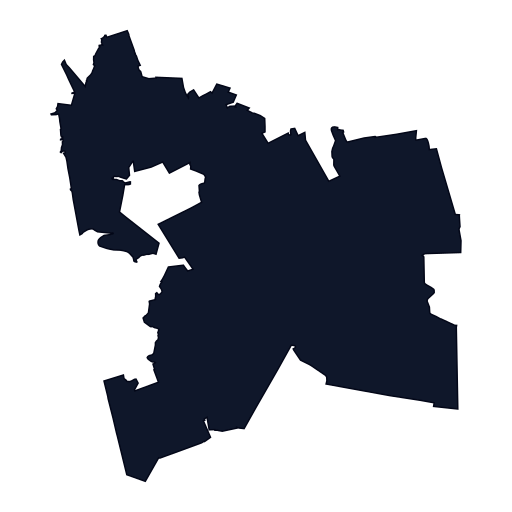 Independenta, Constanta, Romania (Natural Earth projection)
{"feature_id": "2599482B49853349653929", "entity_name": "Independenta", "entity_type": "district", "adm_level": 2, "iso_a3": "ROU", "parent_name": "Romania", "parent_adm1": "Constanta", "projection": "natural_earth1", "projection_center": [28.039, 43.934], "detail": "fine", "context": "isolated", "style": "filled", "palette": "ink", "viewbox_px": 512, "rotation_deg": 0, "n_neighbors": 0, "source": "geoboundaries", "source_scale": "gbopen_adm2", "svg_char_len": 5899}
<svg xmlns="http://www.w3.org/2000/svg" viewBox="0 0 512 512"><path d="M104.0,381.0L107.8,396.5L108.1,398.6L113.1,418.3L116.5,432.9L117.3,435.9L126.8,474.7L145.3,481.3L158.7,457.7L159.8,458.1L201.6,442.8L204.0,441.3L204.4,441.2L204.6,441.5L205.9,440.6L210.5,437.3L203.3,420.7L204.8,420.2L204.3,418.8L207.0,417.3L209.2,429.8L214.7,429.6L214.8,430.2L217.9,430.3L218.3,430.5L222.3,431.2L237.8,427.9L237.5,427.5L239.0,428.0L244.1,428.6L256.4,406.7L278.2,368.7L291.2,345.3L291.5,345.2L294.6,345.6L295.5,346.6L295.5,347.1L295.2,347.7L294.3,348.3L293.2,348.9L293.9,350.3L300.5,360.1L309.2,364.4L311.1,365.5L325.6,375.4L326.7,377.1L326.9,380.7L326.1,384.0L389.8,395.6L420.3,400.3L434.2,402.8L433.6,406.4L457.8,409.0L456.3,327.3L456.6,325.4L454.6,325.3L441.1,319.0L440.8,319.1L436.1,316.5L431.2,314.3L430.0,313.3L429.7,312.4L429.4,307.1L427.1,301.2L427.3,299.9L427.8,298.7L433.6,293.4L434.2,292.5L434.1,290.1L433.7,289.3L431.2,287.5L426.9,285.1L424.9,283.7L424.3,282.6L423.8,257.0L423.5,256.3L422.2,255.4L423.7,254.2L425.4,253.6L460.7,252.5L461.0,240.7L459.0,229.6L459.2,228.4L460.0,226.7L459.5,219.1L459.3,215.6L459.4,214.8L455.3,214.5L441.6,168.0L436.4,148.8L429.3,149.6L429.0,146.1L428.4,143.3L427.8,141.2L427.0,139.4L426.2,138.5L425.5,138.4L416.4,140.1L415.8,139.9L415.7,137.9L416.4,130.7L396.4,134.3L375.4,137.4L375.7,136.8L375.2,136.5L364.1,138.0L347.3,142.1L346.5,141.3L345.7,139.9L342.7,132.5L343.6,132.0L343.1,130.3L340.8,130.1L338.8,129.6L337.6,129.7L337.7,127.5L334.7,126.9L332.8,127.1L331.8,127.8L331.5,128.3L331.3,129.0L331.5,130.6L333.2,135.2L335.6,140.6L333.6,146.2L332.7,148.1L331.9,151.5L332.1,156.4L332.5,157.6L333.9,159.2L333.8,165.0L334.2,166.2L339.9,176.1L328.8,181.3L305.5,140.2L304.8,132.4L298.1,135.7L294.7,128.4L291.0,129.0L290.6,130.5L290.5,131.8L290.9,134.6L290.7,135.0L288.6,134.8L288.2,133.1L268.1,143.3L261.9,133.3L265.0,131.9L265.0,126.5L264.7,118.5L260.3,115.6L254.4,113.3L252.7,113.2L247.2,110.3L249.2,108.0L237.1,103.3L235.5,105.5L235.8,107.1L235.0,107.1L234.8,106.1L229.9,106.3L227.3,107.9L226.1,104.6L233.2,102.2L236.3,95.0L228.2,92.1L230.0,88.1L216.8,84.1L212.1,93.1L210.5,91.7L206.2,94.1L202.9,95.7L198.9,98.0L193.6,89.9L189.8,92.1L187.9,94.2L187.8,94.7L188.3,95.9L188.6,97.3L188.4,98.1L186.4,94.8L185.2,92.4L183.5,87.5L181.9,78.4L156.0,77.3L156.2,78.1L148.8,78.7L142.1,76.7L140.8,71.9L140.5,71.3L139.6,70.6L138.8,69.6L138.2,67.8L138.1,66.0L140.2,65.3L137.8,60.3L136.4,56.1L135.4,54.5L135.0,54.3L134.7,53.8L135.2,53.4L134.5,51.9L134.2,50.3L128.9,35.7L128.9,35.0L128.6,33.9L127.2,30.7L106.9,37.3L105.9,35.2L104.8,35.4L104.6,36.3L103.0,37.8L101.3,38.8L101.6,39.1L101.8,39.8L101.5,41.4L101.5,42.6L102.3,44.0L102.6,45.1L101.5,44.8L101.1,45.1L99.2,45.4L99.1,46.1L99.7,46.5L99.6,47.2L98.6,48.5L95.5,54.3L95.2,55.6L93.7,56.4L93.6,59.8L94.0,62.6L93.4,64.6L94.1,65.2L94.8,65.5L93.6,68.8L92.7,70.7L92.1,72.7L90.7,74.8L87.3,78.1L87.1,78.6L87.1,79.5L86.5,80.4L86.5,80.8L87.0,81.3L86.1,82.2L85.2,86.5L69.4,67.9L66.2,64.5L64.4,60.2L62.7,62.0L61.5,64.4L66.8,75.1L68.5,79.0L74.6,91.8L74.6,92.1L72.0,93.1L72.0,93.4L74.9,93.2L71.4,105.3L58.0,103.6L57.6,106.4L56.3,108.8L57.4,110.3L54.9,112.8L51.0,114.0L51.4,114.8L56.2,114.6L58.1,114.0L58.7,114.2L59.5,118.2L59.9,121.8L61.1,128.8L61.1,129.0L60.5,129.4L60.9,135.2L61.5,136.9L62.5,136.6L62.7,138.1L61.7,138.8L60.8,139.1L60.6,139.3L60.6,139.8L63.0,139.5L63.3,141.1L62.4,141.8L62.5,144.7L61.5,147.6L61.2,150.8L60.4,152.0L61.1,152.6L62.5,151.2L64.4,150.9L64.7,151.1L65.2,151.9L65.3,152.9L63.9,153.1L63.6,153.3L66.0,157.2L66.9,161.1L68.0,168.8L69.8,178.0L71.4,188.5L70.4,189.1L70.6,189.9L71.8,191.0L72.3,192.7L73.2,199.4L79.0,230.7L79.9,234.9L82.1,233.6L83.1,232.3L86.9,230.0L88.6,229.3L91.3,228.8L92.5,228.9L93.4,229.2L94.9,230.3L97.6,231.8L109.3,233.0L112.8,232.9L113.2,233.4L113.0,233.7L110.2,234.6L104.1,235.4L100.7,237.6L99.1,239.2L98.3,240.4L98.0,242.0L98.1,243.4L98.6,244.8L99.6,246.0L106.7,248.4L109.6,249.1L113.8,249.9L119.9,250.1L123.5,250.7L126.6,251.5L127.7,252.0L128.8,252.7L129.9,253.7L133.2,257.4L133.4,258.6L133.8,260.0L133.8,260.9L134.8,261.7L135.6,261.9L136.7,262.1L136.9,261.9L136.0,260.1L136.1,259.5L136.4,259.1L138.7,257.6L140.1,256.1L142.1,255.1L143.9,255.1L146.5,254.3L148.9,254.3L152.6,253.3L153.9,253.5L156.0,254.2L159.0,243.2L126.0,217.3L119.5,212.0L122.8,195.4L124.6,184.7L128.8,184.6L130.4,184.0L130.4,181.9L129.5,181.9L125.4,183.0L123.3,182.0L122.9,181.2L122.3,180.8L119.6,180.7L116.4,179.5L112.6,179.4L111.8,178.3L113.4,177.9L113.5,176.8L114.1,176.2L116.0,176.5L118.9,176.4L120.1,177.0L126.4,179.0L129.5,175.3L128.7,167.5L132.2,162.1L132.8,161.3L133.3,161.3L134.7,171.4L151.1,167.1L162.7,162.0L169.4,173.1L190.0,162.5L189.9,164.5L190.6,165.7L190.8,166.5L190.6,169.0L196.1,171.0L203.6,174.2L204.1,174.6L205.5,176.8L205.5,177.6L205.1,179.0L204.8,181.8L204.3,183.2L202.2,183.6L200.6,184.2L199.6,184.8L199.0,185.5L199.4,191.2L199.0,192.2L199.4,194.9L201.6,202.3L190.7,208.2L158.2,224.3L179.1,258.2L182.4,257.8L184.6,257.1L193.1,269.2L187.7,271.0L185.0,267.5L183.4,265.2L168.4,267.0L164.4,275.6L162.5,279.1L161.0,281.4L161.7,281.5L162.0,281.9L160.9,283.2L160.2,284.5L159.5,286.4L160.4,287.7L161.2,288.8L161.8,290.3L162.1,291.6L161.7,292.4L160.4,293.9L159.2,294.6L158.2,294.4L156.8,292.7L155.6,293.6L155.7,296.4L155.2,298.7L155.5,299.4L155.1,299.7L149.4,301.1L149.2,301.4L149.6,304.0L148.4,312.9L146.0,315.6L145.3,315.7L143.1,318.0L144.4,322.2L150.4,326.6L151.4,326.7L152.5,326.5L154.5,327.6L157.1,328.2L159.0,329.2L157.8,332.8L158.5,334.1L158.0,335.5L158.5,337.7L157.9,339.9L156.5,341.0L155.4,342.7L155.4,345.1L153.8,353.2L152.6,354.5L151.8,355.0L149.2,355.6L147.7,356.7L147.2,357.7L148.2,359.2L151.2,361.4L152.6,361.9L154.8,362.1L155.4,362.6L154.6,363.4L153.0,364.1L154.6,369.4L153.9,369.8L158.5,382.2L134.9,390.9L134.4,389.7L135.6,387.7L138.1,383.1L136.0,379.1L134.5,379.3L131.5,381.0L129.7,381.6L126.9,381.4L126.0,380.1L124.0,378.6L123.4,375.0L104.0,381.0Z" fill="#0f172a" stroke="#020617" stroke-width="1.5"/></svg>